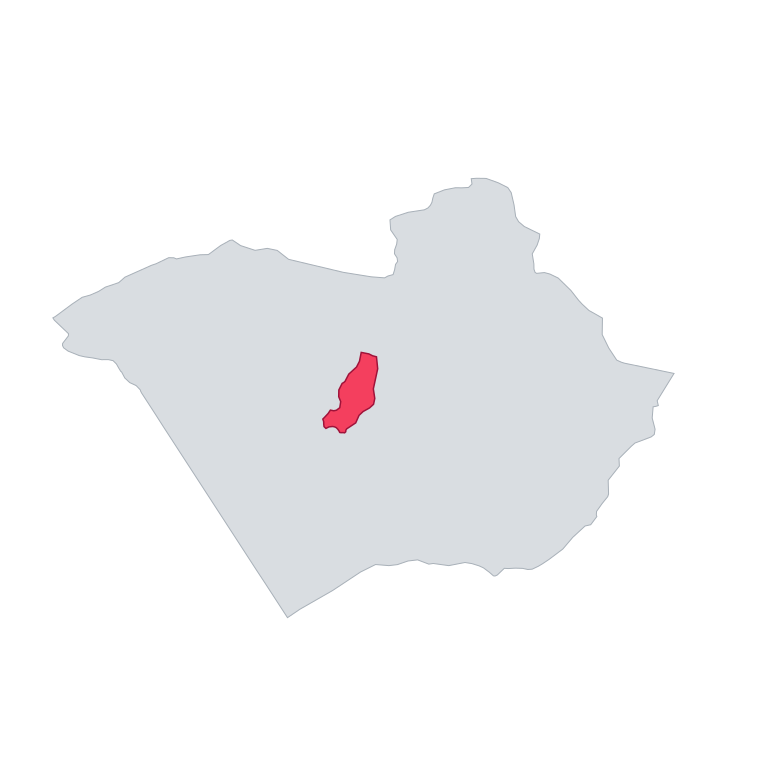 location of Nakaseke within Uganda, rotated 57°
{"feature_id": "UGA-3095", "entity_name": "Nakaseke", "entity_type": "District", "adm_level": 1, "iso_a3": "UGA", "parent_name": "Uganda", "parent_adm1": "", "projection": "albers", "projection_center": [32.236, 1.008], "detail": "fine", "context": "in_parent", "style": "filled", "palette": "rose", "viewbox_px": 768, "rotation_deg": 57, "n_neighbors": 0, "source": "natural_earth", "source_scale": "10m", "svg_char_len": 2932}
<svg xmlns="http://www.w3.org/2000/svg" viewBox="0 0 768 768"><g transform="rotate(57 384 384)"><path d="M527.4,592.2L517.9,592.2L502.3,592.2L486.7,592.2L471.1,592.3L455.5,592.3L440.0,592.3L424.4,592.3L408.8,592.3L393.2,592.3L377.6,592.3L362.1,592.3L346.5,592.3L330.9,592.3L315.3,592.3L299.7,592.3L284.1,592.2L268.6,592.2L259.4,592.2L257.5,592.0L256.2,591.6L250.4,592.7L244.3,596.5L237.8,598.1L230.9,597.5L230.0,597.9L226.5,597.8L221.4,597.5L216.9,598.5L213.4,601.9L209.8,607.6L203.4,614.2L198.4,620.0L194.2,624.1L184.4,631.0L179.1,633.0L176.5,632.6L174.9,631.4L171.8,622.6L170.0,621.2L151.0,625.7L148.2,625.7L148.4,623.0L147.1,602.4L146.9,589.9L149.4,582.0L150.9,572.9L151.0,564.9L154.5,551.2L153.3,543.1L157.8,514.4L159.0,509.7L160.8,495.8L163.6,491.6L166.1,489.9L169.3,481.4L175.5,467.8L179.8,460.8L178.9,445.5L179.6,435.1L180.6,432.8L189.8,428.9L201.7,419.3L206.7,408.0L213.8,400.8L227.5,396.1L268.2,357.3L287.1,336.4L295.3,325.7L295.6,321.8L297.2,316.8L293.9,312.8L290.0,309.2L288.7,305.9L285.3,304.3L280.5,304.3L277.2,301.9L273.6,297.2L270.0,294.2L258.4,294.5L249.6,289.6L249.7,283.1L253.2,270.1L259.9,255.3L260.3,251.3L259.4,247.8L257.7,244.8L254.7,241.8L251.9,238.3L254.1,227.6L258.3,217.2L261.8,212.0L265.2,206.1L264.2,201.3L259.3,199.0L261.9,194.3L267.2,186.4L277.6,178.5L286.7,173.2L292.8,173.1L304.6,177.4L315.3,182.4L321.2,182.7L328.3,180.6L343.1,171.7L346.6,174.5L350.9,179.9L355.6,188.8L364.9,192.9L369.4,195.7L372.6,196.5L374.3,195.8L377.9,188.8L382.1,185.0L390.0,180.2L407.4,176.3L419.8,175.2L425.0,174.3L433.9,172.1L447.7,164.9L461.4,174.1L476.3,175.9L490.7,175.8L495.1,173.0L497.6,170.9L512.7,155.6L533.1,135.0L546.8,164.0L551.5,165.7L550.8,168.2L549.7,170.7L558.6,177.6L569.6,181.3L573.5,184.8L573.9,188.7L570.2,205.7L570.9,210.5L574.5,227.5L581.0,231.3L586.8,248.4L598.6,255.6L600.3,257.7L603.0,266.0L606.6,275.1L609.4,277.2L611.1,277.7L614.6,287.3L612.6,292.7L615.4,309.2L619.8,323.9L621.0,341.4L621.1,349.1L620.9,353.9L620.0,360.6L617.9,364.4L614.1,368.2L610.0,374.1L606.4,380.4L604.1,383.5L605.9,393.0L605.5,395.5L604.5,396.7L599.2,398.2L592.4,400.7L588.3,403.3L582.5,408.1L577.8,413.3L571.6,428.6L561.3,440.5L559.5,444.5L549.8,451.6L545.5,460.3L542.8,471.1L539.0,478.8L530.8,489.4L528.9,506.1L529.2,539.4L527.1,577.3L527.4,592.2Z" fill="#d9dde1" stroke="#a8b0b8" stroke-width="1"/><path d="M376.7,443.2L379.1,440.7L380.1,438.2L379.8,434.0L375.2,429.9L370.0,428.9L364.4,425.1L360.7,418.8L360.8,416.9L360.6,415.3L356.5,408.1L354.8,397.8L351.6,392.2L345.1,385.9L350.5,380.3L354.1,378.2L357.1,375.5L367.8,381.0L382.3,395.6L391.1,399.6L395.3,403.8L396.2,409.2L395.7,416.5L396.7,422.0L401.2,428.9L401.3,439.7L402.0,441.2L403.2,442.1L403.5,443.6L402.4,444.9L401.4,446.6L400.5,447.5L398.7,447.3L396.6,447.4L394.6,447.8L392.9,448.9L391.6,450.3L390.0,453.5L389.6,456.9L387.1,457.5L385.0,456.5L382.7,455.1L380.1,454.4L379.6,452.1L378.3,446.9L376.7,443.2Z" fill="#f43f5e" stroke="#9f1239" stroke-width="1.5"/></g></svg>